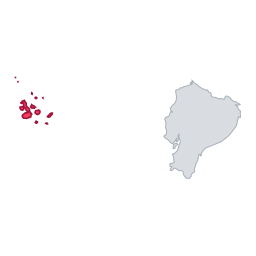 location of Galápagos within Ecuador
{"feature_id": "ECU-1270", "entity_name": "Galápagos", "entity_type": "Province", "adm_level": 1, "iso_a3": "ECU", "parent_name": "Ecuador", "parent_adm1": "", "projection": "robinson", "projection_center": [-90.747, 0.131], "detail": "fine", "context": "in_parent", "style": "filled", "palette": "rose", "viewbox_px": 256, "rotation_deg": 0, "n_neighbors": 0, "source": "natural_earth", "source_scale": "10m", "svg_char_len": 7660}
<svg xmlns="http://www.w3.org/2000/svg" viewBox="0 0 256 256"><path d="M240.2,104.3L239.5,104.9L237.6,105.1L236.2,104.6L235.6,104.6L235.5,105.1L237.4,106.5L238.3,108.9L239.6,110.4L240.5,111.1L240.5,111.7L240.3,112.6L240.2,113.5L240.6,117.2L240.3,117.4L239.3,117.4L238.5,116.8L236.3,126.0L229.3,135.2L221.3,141.7L212.2,145.4L205.4,148.1L204.4,149.1L201.1,153.7L200.9,154.1L201.4,154.9L201.4,155.4L200.9,155.7L200.5,155.8L200.3,155.5L200.2,155.0L199.7,154.4L199.2,154.3L198.9,154.4L198.9,154.9L198.2,157.4L198.2,158.6L197.9,159.1L197.9,160.2L197.2,161.2L196.7,162.8L196.1,163.4L195.4,166.0L194.4,168.5L194.3,169.4L194.6,170.0L194.7,170.5L194.3,172.1L191.9,173.7L191.3,174.4L191.1,175.3L191.2,176.0L191.1,176.6L190.4,176.9L189.6,178.3L189.0,178.6L187.6,178.1L186.5,178.1L185.6,177.7L183.9,175.2L183.3,173.8L183.1,171.8L181.5,170.5L179.4,170.8L178.7,170.4L177.2,169.5L175.8,168.5L174.8,168.1L174.0,168.3L172.7,169.9L171.5,170.6L171.0,170.6L170.2,170.1L170.1,169.6L171.9,166.7L170.6,166.7L170.1,166.1L170.0,165.4L169.8,164.6L170.1,163.7L170.8,163.2L171.9,163.6L172.6,163.6L173.1,162.8L174.1,162.1L174.3,161.7L173.8,160.3L173.6,159.6L173.8,159.2L173.7,157.7L173.4,157.1L173.4,156.3L173.1,155.8L173.0,154.8L172.3,154.2L174.6,153.3L175.4,152.5L176.3,151.8L177.2,150.7L177.8,149.7L179.1,145.0L180.4,141.9L180.2,140.5L179.1,138.6L178.9,135.7L179.0,134.8L178.9,134.2L178.2,135.3L178.3,139.6L177.7,141.5L176.9,141.9L176.3,141.6L176.6,138.5L176.0,139.1L175.0,141.2L173.4,142.7L173.3,143.2L172.9,143.9L171.6,143.3L170.7,142.7L167.5,139.2L165.5,138.4L164.2,137.2L164.0,136.7L163.8,136.0L165.1,135.3L166.4,134.3L166.5,132.1L166.5,130.4L165.5,127.5L166.0,123.7L165.8,122.3L164.7,119.1L165.5,117.5L168.4,116.4L169.4,115.6L170.0,113.1L170.7,111.6L172.0,112.2L173.0,112.1L171.6,111.6L170.5,109.3L170.3,108.3L172.5,105.2L173.6,104.4L175.0,102.8L176.2,100.3L176.5,96.4L176.0,93.7L175.6,90.7L176.3,90.0L178.1,89.6L179.5,88.7L180.3,87.8L182.0,87.9L184.0,86.6L187.1,85.9L191.6,84.3L192.5,83.0L192.1,80.5L193.7,82.0L194.5,83.2L196.8,84.4L199.5,86.8L201.2,87.9L203.2,89.0L206.0,90.1L207.7,89.9L208.4,91.7L209.0,92.2L210.7,92.8L210.8,93.0L211.5,96.2L211.8,96.7L213.2,97.2L214.9,97.4L215.6,97.3L217.1,98.2L219.4,98.9L220.3,99.0L220.7,98.9L220.8,98.5L221.5,98.6L222.5,99.0L223.9,99.1L224.8,98.7L225.0,96.9L225.4,96.5L226.4,95.9L226.9,96.0L229.7,97.4L230.2,97.9L230.9,98.9L232.2,100.4L233.6,101.3L235.7,101.7L237.8,103.3L240.2,104.3ZM25.3,102.3L26.1,103.3L26.6,106.1L29.3,109.0L29.6,110.7L29.4,111.4L29.5,111.7L30.8,112.9L31.6,114.1L30.2,117.0L27.2,118.2L24.0,118.2L23.3,117.9L22.5,116.8L22.3,115.8L22.8,114.9L24.5,113.4L27.0,112.2L27.3,111.2L26.3,110.3L25.6,108.4L24.0,107.1L23.2,103.0L22.7,102.8L21.6,103.4L21.0,102.9L20.9,102.7L22.1,101.7L22.4,101.1L24.1,100.8L24.8,101.3L25.3,102.3ZM37.9,114.4L37.2,114.5L35.1,113.0L35.2,111.5L36.1,110.6L38.8,110.1L39.9,111.0L39.8,112.7L38.9,114.0L38.2,114.2L37.9,114.4ZM174.9,147.9L174.7,148.5L173.4,148.5L173.0,148.3L173.4,145.5L173.7,144.6L174.8,143.7L175.6,143.3L176.8,143.4L177.9,144.2L176.5,145.6L175.5,146.0L174.9,147.9ZM23.2,109.7L21.9,110.0L20.7,109.4L20.3,108.6L20.2,107.4L20.3,107.0L22.8,106.6L23.6,107.6L23.6,109.1L23.2,109.7ZM50.2,116.6L48.6,117.2L47.7,116.6L47.7,116.2L48.5,115.3L49.4,114.8L50.1,113.7L51.6,113.0L52.0,113.2L52.2,113.4L52.3,113.8L51.9,114.7L51.0,115.3L50.2,116.6ZM34.7,107.8L34.1,108.2L31.5,107.7L30.7,106.8L31.4,105.6L31.9,105.1L33.4,105.6L35.0,106.9L34.7,107.8ZM36.7,123.1L36.2,123.1L35.4,122.5L36.0,121.3L37.0,121.9L37.3,122.4L36.7,123.1ZM191.4,83.6L190.7,83.7L190.3,83.0L191.2,82.2L191.6,82.0L191.4,83.6Z" fill="#d9dde1" stroke="#a8b0b8" stroke-width="1"/><path d="M31.5,113.8L31.8,114.2L31.7,114.3L31.4,114.4L31.2,114.5L30.8,116.0L30.9,116.3L30.9,116.6L30.6,116.5L30.4,116.8L30.1,117.2L29.9,117.5L29.7,117.3L29.0,117.4L28.8,117.4L28.3,117.8L26.8,118.4L26.5,118.3L26.3,118.4L25.1,118.2L23.6,118.2L23.3,118.1L23.1,117.9L23.0,117.7L23.0,117.2L22.8,117.0L22.7,117.0L22.5,116.9L22.2,116.3L22.3,115.6L22.7,115.0L23.1,114.5L24.7,113.4L24.7,113.2L24.8,113.1L25.0,113.1L25.3,112.9L25.8,112.8L26.0,112.8L26.3,113.0L26.5,113.1L26.8,113.0L26.9,112.9L27.0,112.7L27.2,112.2L27.4,111.9L27.6,112.0L27.8,111.8L27.8,111.6L27.7,111.4L27.5,111.2L27.3,111.1L26.9,111.0L26.8,110.9L26.5,110.6L26.1,110.1L25.9,109.5L25.8,109.0L25.8,108.6L25.7,108.4L25.5,108.2L25.3,108.2L25.2,108.2L25.0,107.9L24.2,107.4L23.9,107.0L23.9,106.5L23.7,106.3L23.5,106.0L23.5,105.7L23.8,105.6L23.6,105.2L23.5,104.9L23.5,104.7L23.5,104.2L23.4,104.0L23.4,103.8L23.4,103.6L23.3,103.1L23.0,102.9L22.5,102.9L22.1,103.1L21.6,103.4L21.4,103.5L21.1,103.3L20.8,102.9L20.8,102.7L21.0,102.6L21.9,102.0L22.2,101.7L22.3,101.1L22.6,101.2L22.9,101.1L23.1,101.0L23.6,100.8L23.7,100.7L23.8,100.5L24.0,100.4L24.4,100.3L24.6,100.6L24.7,100.9L24.8,101.2L24.8,101.4L25.0,101.5L25.1,102.2L25.3,102.3L25.5,102.7L25.9,102.8L26.0,102.8L26.2,103.1L26.3,103.5L26.2,104.2L26.5,105.9L26.6,106.2L27.2,106.7L27.2,106.8L27.2,107.1L27.3,107.2L27.4,107.3L27.5,107.3L28.9,108.4L29.0,108.5L29.1,108.8L29.3,109.0L29.5,109.1L29.5,109.3L29.6,110.0L29.6,110.6L29.6,110.9L29.2,111.3L29.1,111.5L29.4,111.3L29.5,111.4L29.5,111.7L29.5,111.9L30.1,112.0L30.4,112.2L30.4,112.6L30.6,112.6L30.8,112.8L30.9,113.0L31.0,113.3L31.5,113.8ZM39.8,110.9L40.0,111.0L39.9,111.4L39.8,112.0L39.8,112.4L39.9,112.6L39.7,113.0L39.3,113.4L39.2,113.7L39.0,113.9L38.9,114.0L38.2,114.0L38.0,114.4L37.9,114.5L37.6,114.6L37.4,114.5L36.9,114.4L36.6,114.3L36.5,114.2L36.4,114.1L36.0,113.5L35.9,113.4L35.7,113.4L35.2,113.2L35.1,112.9L35.1,112.1L35.2,111.7L35.3,111.4L35.5,111.0L35.7,110.8L35.8,110.7L36.2,110.5L36.4,110.5L36.5,110.5L36.8,110.6L37.0,110.5L37.2,110.4L37.3,110.4L38.6,110.2L38.8,110.0L39.0,110.1L39.1,110.3L39.1,110.6L39.3,110.8L39.7,110.9L39.8,110.9ZM23.6,109.6L23.4,109.7L22.5,110.1L22.3,110.1L22.1,110.2L21.7,109.9L21.1,109.6L20.9,109.6L20.7,109.6L20.7,109.4L20.5,109.1L20.3,108.8L20.2,108.5L20.1,107.8L19.9,107.2L20.0,107.0L21.1,107.1L21.6,106.8L22.3,106.6L22.6,106.5L22.8,106.6L23.3,107.1L23.6,107.4L23.6,107.7L23.6,108.3L23.6,109.6ZM51.7,113.1L51.9,113.2L52.0,113.2L52.4,113.1L52.4,113.6L52.2,114.3L51.8,114.8L51.4,115.2L50.9,115.3L50.8,115.6L50.6,116.0L50.4,116.5L50.2,116.7L50.0,116.8L49.8,116.9L49.6,116.9L49.1,116.9L49.0,117.0L48.7,117.2L48.4,117.2L48.1,117.0L48.0,116.9L47.5,116.8L47.4,116.8L47.3,116.6L47.6,116.2L48.2,115.8L48.4,115.7L48.6,115.2L49.3,115.0L49.4,114.8L49.6,114.3L49.7,114.2L50.1,113.8L50.2,113.6L50.3,113.5L50.8,113.3L50.9,113.2L51.1,113.2L51.5,113.0L51.7,113.1ZM34.8,107.0L35.0,107.1L34.9,107.4L34.6,107.9L34.5,108.2L34.3,108.3L34.0,108.3L33.4,108.1L32.4,108.1L32.2,108.0L31.9,107.8L31.7,107.7L31.4,107.9L31.2,107.6L31.1,107.2L31.0,106.9L30.6,106.8L31.2,105.9L31.2,105.7L31.3,105.2L31.5,105.0L31.8,104.9L31.9,105.0L31.9,104.9L32.2,105.2L33.1,105.5L33.5,105.6L33.9,105.8L34.6,106.6L35.0,106.9L34.9,106.9L34.9,107.0L34.8,107.0ZM37.3,121.8L37.5,122.0L37.4,122.2L37.4,122.3L37.2,122.4L37.1,122.5L37.1,122.8L36.6,123.2L36.0,123.1L35.8,123.0L35.6,122.8L35.3,122.6L35.5,122.4L35.6,122.2L35.8,121.5L35.9,121.3L36.0,121.2L36.2,121.4L36.4,121.3L36.8,121.4L37.1,121.6L37.3,121.8ZM35.5,98.4L35.4,98.3L35.2,98.2L35.1,97.6L35.3,97.4L35.6,97.2L35.9,97.1L36.2,97.2L36.5,97.4L36.8,97.7L36.9,98.0L36.6,98.4L36.3,98.6L36.0,98.7L35.8,98.6L35.7,98.4L35.5,98.4ZM46.9,123.1L47.3,123.2L47.6,123.5L47.6,123.9L47.2,124.0L46.7,124.0L45.7,123.4L45.9,123.1L46.1,123.1L46.8,123.1L46.9,123.1ZM31.7,92.7L32.2,93.1L32.4,93.8L32.2,94.3L31.6,94.0L31.7,93.7L31.6,93.0L31.7,92.7ZM43.0,97.5L43.2,98.0L43.1,97.9L42.9,97.9L42.9,98.0L42.7,97.8L42.8,97.6L43.0,97.5ZM17.9,81.6L18.0,81.6L18.0,81.8L17.9,81.8L17.9,81.7L17.9,81.6ZM15.4,77.4L15.5,77.4L15.5,77.6L15.4,77.6L15.4,77.4Z" fill="#f43f5e" stroke="#9f1239" stroke-width="1.5"/></svg>